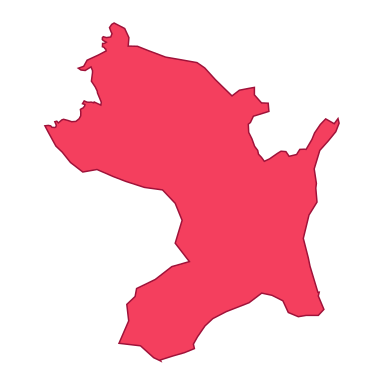 Mesana, Paphos, Cyprus
{"feature_id": "46923920B68327504416680", "entity_name": "Mesana", "entity_type": "district", "adm_level": 2, "iso_a3": "CYP", "parent_name": "Cyprus", "parent_adm1": "Paphos", "projection": "natural_earth1", "projection_center": [32.707, 34.845], "detail": "fine", "context": "isolated", "style": "filled", "palette": "rose", "viewbox_px": 384, "rotation_deg": 0, "n_neighbors": 0, "source": "geoboundaries", "source_scale": "gbopen_adm2", "svg_char_len": 2049}
<svg xmlns="http://www.w3.org/2000/svg" viewBox="0 0 384 384"><path d="M44.9,125.8L48.5,132.6L55.9,146.1L62.2,152.1L70.5,162.5L82.8,172.0L97.0,169.5L113.1,176.5L125.8,181.4L144.4,187.4L162.5,189.9L175.2,203.3L182.1,220.3L175.2,243.2L189.4,261.6L171.8,266.6L155.2,279.5L136.6,288.5L135.1,296.5L126.8,304.4L128.7,320.9L119.0,343.3L140.5,345.8L153.7,357.7L159.9,360.6L160.7,361.0L160.2,360.0L173.1,355.9L184.3,352.7L194.4,348.6L193.4,344.1L197.5,336.8L205.0,325.9L212.8,318.6L226.3,311.6L249.1,302.7L261.7,293.1L272.0,295.3L282.9,300.8L288.3,312.5L298.3,316.7L306.1,315.4L318.3,315.4L323.9,309.4L318.3,296.0L319.2,292.2L317.9,292.4L310.0,266.2L308.3,257.9L303.3,238.4L309.0,215.0L317.0,202.1L315.8,188.1L316.4,183.5L314.2,168.9L319.8,150.4L328.2,141.0L335.8,131.7L339.1,123.2L338.0,118.6L334.2,123.7L325.7,118.9L320.4,124.4L314.6,132.9L311.9,139.5L306.1,149.4L304.5,149.2L299.8,149.4L296.6,154.5L289.1,156.3L285.9,151.6L281.0,151.2L277.4,153.4L269.5,158.9L264.3,161.3L261.5,157.4L258.5,154.2L257.7,150.4L254.6,146.3L251.9,138.8L248.7,132.4L248.3,124.2L250.4,122.5L253.4,116.2L268.9,111.4L268.2,103.2L261.5,102.9L254.4,94.9L254.4,87.4L248.7,88.4L239.4,90.2L232.0,95.9L221.4,85.6L215.3,79.6L204.7,67.9L197.0,62.6L180.1,59.6L165.6,57.1L148.3,50.6L137.5,46.3L128.2,46.1L128.9,37.6L124.7,28.5L114.1,23.0L111.7,24.4L109.5,27.6L110.8,31.1L112.0,33.7L110.7,37.0L106.4,37.6L103.3,36.7L102.4,37.6L102.3,39.5L103.2,40.5L106.3,42.2L104.4,43.4L102.6,43.4L102.4,46.7L104.3,47.5L104.8,48.6L105.7,49.0L106.2,50.9L98.2,55.1L87.1,60.2L83.7,66.3L78.3,68.2L80.9,70.0L85.2,70.5L91.0,66.9L92.5,70.6L92.5,72.8L91.4,81.2L95.2,86.9L97.2,91.0L97.5,93.0L101.3,102.2L100.8,105.1L94.2,102.0L93.8,102.8L91.1,102.1L89.1,102.3L86.9,102.1L84.2,100.9L82.5,103.7L84.9,104.5L84.6,106.1L83.0,108.0L81.7,108.6L80.4,109.4L80.8,112.1L80.7,115.9L79.1,118.8L75.9,121.4L71.7,121.7L68.1,120.5L63.6,119.3L62.0,119.8L61.4,120.3L58.3,122.9L56.8,121.2L54.8,121.7L56.3,125.2L55.8,127.0L54.9,127.5L51.9,127.3L50.7,125.9L48.4,125.4L44.9,125.8Z" fill="#f43f5e" stroke="#9f1239" stroke-width="1.5"/></svg>